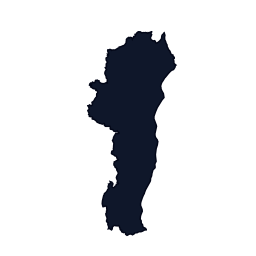 South Pentecost, Penama, Vanuatu (Albers equal-area conic projection), rotated 199°
{"feature_id": "77236927B26807877785061", "entity_name": "South Pentecost", "entity_type": "district", "adm_level": 2, "iso_a3": "VUT", "parent_name": "Vanuatu", "parent_adm1": "Penama", "projection": "albers", "projection_center": [168.224, -15.887], "detail": "fine", "context": "isolated", "style": "filled", "palette": "ink", "viewbox_px": 256, "rotation_deg": 199, "n_neighbors": 0, "source": "geoboundaries", "source_scale": "gbopen_adm2", "svg_char_len": 5937}
<svg xmlns="http://www.w3.org/2000/svg" viewBox="0 0 256 256"><g transform="rotate(199 128 128)"><path d="M77.6,37.6L77.7,38.0L78.8,38.8L81.1,39.1L82.0,39.7L82.6,41.1L84.5,42.4L85.4,44.6L86.8,45.7L87.5,48.6L87.6,50.3L87.4,53.9L88.2,55.6L90.9,58.8L91.6,60.9L91.8,62.7L91.8,66.9L91.6,69.7L91.3,71.3L91.4,72.4L91.3,75.4L89.7,84.5L89.7,85.6L90.3,87.9L90.1,90.3L90.6,92.9L90.8,96.5L89.5,99.2L89.7,100.0L90.8,102.3L90.9,103.5L90.6,105.6L92.8,110.2L93.5,111.9L94.7,117.7L94.8,121.6L95.4,124.8L95.5,124.8L96.4,126.2L98.9,128.0L99.8,129.2L100.7,131.3L101.6,138.9L102.3,140.0L106.5,145.1L107.3,147.6L107.3,152.2L107.0,156.9L105.0,165.7L103.9,168.5L105.8,172.1L108.2,174.2L109.5,175.7L110.1,177.1L110.8,178.1L111.0,180.7L110.8,182.7L110.4,183.9L109.6,187.6L109.3,188.0L107.5,192.9L106.3,195.6L105.4,196.9L104.0,198.1L103.4,200.6L103.5,201.8L103.8,202.4L103.2,203.1L105.1,203.8L105.7,204.3L106.5,206.3L107.7,208.2L107.6,208.7L107.0,209.0L107.2,209.7L107.7,210.1L108.8,210.5L109.1,211.3L109.6,210.9L109.8,211.5L110.3,211.7L111.4,211.8L112.3,212.8L112.5,213.3L113.8,214.6L115.2,215.3L116.8,217.1L117.1,217.2L117.6,217.9L118.2,219.3L119.5,220.4L120.7,222.1L122.1,223.5L123.0,225.8L123.3,227.7L124.8,229.8L125.0,229.5L125.2,228.2L125.8,227.6L126.0,226.0L125.5,223.9L125.5,222.8L126.2,220.9L127.3,219.0L128.4,217.8L128.9,217.6L129.5,217.6L130.5,218.9L131.4,219.2L132.2,218.7L132.9,218.5L135.1,219.1L135.6,219.7L136.3,221.2L136.3,222.3L136.0,222.5L136.1,224.1L136.5,224.2L137.2,225.0L136.9,226.2L137.0,226.7L137.4,226.6L137.9,225.8L139.5,224.9L139.6,224.4L140.0,223.9L140.4,223.8L141.0,224.4L141.7,224.0L142.5,224.0L143.3,223.5L144.3,223.3L145.7,222.5L146.1,222.4L146.3,222.7L147.4,222.5L147.7,222.9L149.7,222.3L149.8,221.7L150.3,221.3L150.4,220.7L150.7,220.6L151.0,219.1L151.8,218.8L151.7,218.4L151.2,217.9L151.2,217.5L151.6,216.5L152.4,216.3L152.3,214.7L153.0,214.2L153.0,213.7L153.5,214.4L153.9,214.6L155.4,214.4L156.1,213.3L156.4,213.3L156.5,213.9L156.8,213.9L157.9,212.5L158.3,211.4L158.2,210.5L157.7,209.9L157.8,208.8L157.4,208.2L158.2,205.4L159.0,204.4L160.2,203.6L160.5,203.0L161.0,202.8L161.6,202.2L162.7,201.7L162.7,200.7L163.7,200.0L164.0,199.3L164.7,198.8L164.9,198.1L165.9,197.5L166.6,197.1L167.6,197.0L168.1,196.4L168.6,196.3L168.8,196.0L169.2,196.1L169.5,196.5L170.7,196.4L171.8,195.5L172.5,195.3L172.4,194.7L172.0,194.7L171.9,193.5L171.3,193.3L170.5,191.9L170.6,191.5L171.5,191.2L170.9,190.5L170.3,190.4L170.8,189.7L170.3,189.6L170.2,188.8L170.4,188.3L171.4,187.3L171.4,186.8L170.7,185.1L169.6,184.3L169.2,183.7L168.8,183.8L168.7,183.4L168.7,183.1L169.2,182.3L169.4,181.5L169.1,181.1L169.2,180.7L168.9,180.0L168.5,179.8L168.3,178.8L169.1,177.9L169.2,177.7L167.8,176.6L167.6,176.1L167.4,176.1L167.9,174.4L167.9,173.1L167.5,171.8L165.4,169.6L164.8,168.2L163.7,167.7L163.3,167.1L162.5,164.2L161.6,163.5L163.2,163.9L164.9,162.2L166.5,161.7L167.7,161.5L168.8,161.6L169.8,162.0L170.8,162.7L170.8,163.1L172.0,163.0L172.5,163.3L172.8,163.2L173.3,162.8L174.0,162.6L174.3,161.6L173.8,161.1L174.3,160.1L175.0,159.6L176.4,159.9L176.8,159.3L177.0,158.3L176.7,158.0L176.6,157.2L177.2,156.5L177.9,156.5L178.4,156.8L178.4,156.0L176.8,155.6L176.4,155.7L176.6,154.7L175.8,154.5L175.3,154.7L174.9,154.3L173.6,153.9L173.0,154.2L172.2,154.1L171.8,154.3L170.9,154.1L170.6,153.1L169.5,153.2L168.6,152.7L168.1,151.2L168.7,150.2L168.3,148.7L167.8,147.9L168.0,146.8L168.3,146.3L168.9,144.3L168.9,143.1L169.7,141.3L170.3,140.8L170.3,140.1L169.4,139.4L169.5,138.7L169.3,138.3L169.4,137.8L170.0,137.0L171.9,137.3L172.4,136.3L173.2,136.0L173.0,135.7L172.2,135.4L171.9,134.8L171.1,134.1L171.2,133.6L170.7,132.9L171.7,131.6L170.9,130.5L169.6,129.5L169.6,127.9L168.7,127.6L168.3,126.4L165.3,126.8L165.0,126.6L164.8,125.7L164.9,125.2L164.7,124.9L162.5,125.2L161.8,124.8L160.0,124.2L159.2,123.5L156.1,123.2L155.5,123.4L154.5,123.3L153.0,123.5L152.2,124.5L151.9,124.5L151.7,123.9L151.3,123.8L150.9,123.3L151.0,122.8L150.3,122.7L150.1,122.3L149.8,122.3L146.7,123.3L145.8,123.8L144.8,122.7L144.7,121.8L144.2,121.2L141.8,121.5L140.3,120.4L139.3,120.6L138.7,120.4L138.1,120.7L137.9,121.4L137.2,121.9L136.9,121.5L136.4,121.4L135.9,121.0L135.1,121.0L134.8,120.4L134.9,119.8L135.3,119.8L136.2,119.2L136.6,119.5L137.8,118.7L138.1,117.4L138.0,116.7L138.4,116.1L138.3,115.6L138.6,114.8L138.3,112.5L138.6,111.2L136.3,108.9L135.7,106.1L135.3,105.1L135.2,104.0L134.4,102.2L134.5,101.8L135.7,100.8L135.4,98.7L134.8,98.2L132.7,98.0L131.4,97.4L130.0,97.5L129.3,96.9L128.6,95.9L127.0,94.9L127.3,94.0L128.2,93.6L128.4,93.0L129.0,92.5L129.4,91.8L129.9,91.5L130.0,91.3L129.6,90.7L129.7,89.6L129.1,88.3L128.0,87.7L127.5,86.8L126.4,86.5L125.5,85.9L125.0,85.7L125.1,85.0L124.6,84.3L123.5,83.5L122.4,82.1L122.5,80.3L122.8,79.6L122.9,77.7L122.7,77.0L121.8,76.1L121.6,75.5L120.8,75.1L120.5,74.5L120.6,73.1L120.5,72.8L119.9,72.8L119.6,73.0L119.0,72.4L119.3,71.8L120.7,70.8L120.5,70.0L120.8,69.1L121.3,68.6L121.6,67.2L122.6,66.9L123.9,67.2L124.4,68.1L124.4,68.4L123.9,69.2L124.3,70.7L125.1,71.0L125.6,71.5L127.4,71.5L126.9,70.9L126.6,69.9L127.8,68.9L127.4,68.8L127.8,67.9L127.7,65.9L126.3,64.4L127.2,63.4L127.2,61.5L127.3,61.8L127.7,60.3L128.9,58.3L128.7,57.3L129.0,56.3L128.4,50.7L127.7,48.0L126.1,45.5L125.2,45.8L124.7,46.5L123.7,46.9L122.8,46.9L121.5,44.1L121.0,43.9L120.8,43.4L121.3,42.7L121.2,42.3L120.6,40.8L121.0,40.1L121.0,39.6L120.2,38.2L119.0,36.9L118.2,35.5L118.1,34.5L118.2,33.9L117.9,32.8L116.8,32.0L115.9,32.1L115.7,31.7L115.9,31.2L115.6,30.1L113.9,28.1L113.8,26.3L113.0,26.9L110.4,26.3L110.1,27.2L110.5,29.5L109.5,31.3L108.9,31.5L107.8,31.6L105.9,32.1L105.4,32.6L105.0,32.6L104.1,32.0L103.8,31.5L102.6,30.2L102.5,29.7L101.8,29.1L100.6,29.2L100.4,29.0L100.4,28.1L100.1,27.8L97.9,27.7L97.2,28.2L96.7,28.2L95.8,27.7L95.6,26.7L94.0,26.2L93.4,26.7L92.5,27.9L91.7,28.3L90.6,28.8L89.0,28.5L87.8,29.8L87.5,30.9L85.0,32.2L84.1,33.4L81.9,34.2L80.7,35.2L79.0,37.1L77.6,37.6ZM177.7,157.1L177.6,157.8L178.0,158.2L178.2,157.9L177.7,157.1Z" fill="#0f172a" stroke="#020617" stroke-width="1.5"/></g></svg>